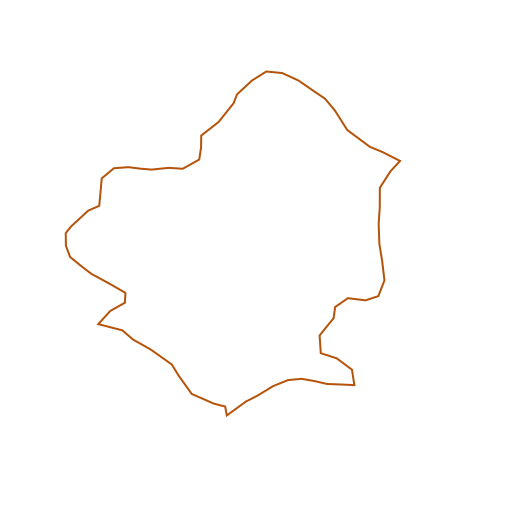 Agios Iakovos, Cyprus (orthographic projection), rotated 153°
{"feature_id": "46923920B93502330061419", "entity_name": "Agios Iakovos", "entity_type": "district", "adm_level": 2, "iso_a3": "CYP", "parent_name": "Cyprus", "parent_adm1": "", "projection": "orthographic", "projection_center": [33.821, 35.322], "detail": "fine", "context": "isolated", "style": "outline", "palette": "amber", "viewbox_px": 512, "rotation_deg": 153, "n_neighbors": 0, "source": "geoboundaries", "source_scale": "gbopen_adm2", "svg_char_len": 1074}
<svg xmlns="http://www.w3.org/2000/svg" viewBox="0 0 512 512"><g transform="rotate(153 256 256)"><path d="M354.4,127.2L330.8,130.9L318.2,130.9L299.9,132.3L283.8,130.9L271.2,125.9L260.0,117.5L250.8,109.7L238.2,102.7L227.0,96.3L222.1,111.1L230.5,128.1L242.4,140.0L235.4,156.3L227.7,159.8L215.0,165.4L208.7,174.6L193.3,176.7L178.6,166.8L165.2,164.7L152.6,176.0L145.6,195.0L140.7,210.5L132.2,228.8L123.8,242.9L114.7,260.5L97.8,270.4L84.5,275.3L96.4,291.6L104.9,301.4L109.8,311.3L117.5,326.8L119.6,349.4L123.1,364.9L129.4,376.2L138.5,393.1L149.7,407.2L163.1,415.7L179.9,414.2L199.6,408.6L206.6,402.3L219.2,396.6L228.4,392.4L250.1,388.2L255.7,377.6L262.8,367.7L281.7,367.0L293.6,374.1L309.8,380.4L318.9,386.0L329.4,393.1L342.8,398.7L358.2,395.2L366.6,381.8L372.9,371.9L384.9,372.6L407.3,366.3L415.1,362.8L420.7,351.5L422.1,339.5L416.5,326.8L410.8,314.8L399.6,298.6L389.1,282.4L394.0,273.9L410.8,273.2L427.5,266.9L408.8,250.4L403.4,237.2L392.4,220.7L380.3,197.6L379.2,184.3L375.9,162.3L360.6,143.6L351.8,135.9L354.4,127.2Z" fill="none" stroke="#b45309" stroke-width="2"/></g></svg>